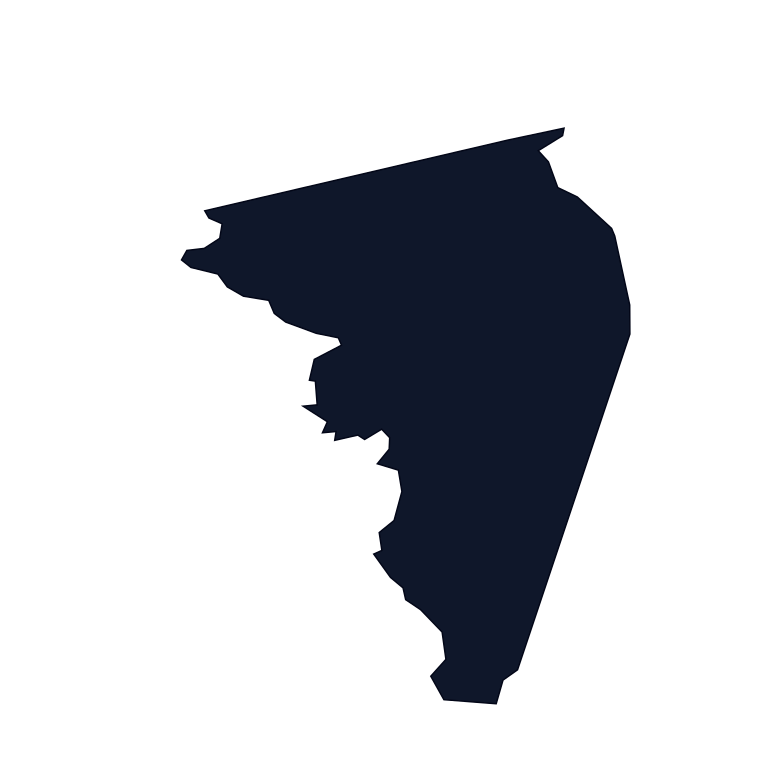 San Jacinto, Texas, United States of America (orthographic projection), rotated 194°
{"feature_id": "52423323B92388679305568", "entity_name": "San Jacinto", "entity_type": "district", "adm_level": 2, "iso_a3": "USA", "parent_name": "United States of America", "parent_adm1": "Texas", "projection": "orthographic", "projection_center": [-95.097, 30.613], "detail": "fine", "context": "isolated", "style": "filled", "palette": "ink", "viewbox_px": 768, "rotation_deg": 194, "n_neighbors": 0, "source": "geoboundaries", "source_scale": "gbopen_adm2", "svg_char_len": 902}
<svg xmlns="http://www.w3.org/2000/svg" viewBox="0 0 768 768"><g transform="rotate(194 384 384)"><path d="M185.3,139.0L157.5,491.9L164.7,520.1L195.9,583.4L200.8,590.0L241.6,612.2L262.9,616.6L278.2,639.3L290.8,647.7L270.8,668.2L271.2,675.8L322.9,650.6L599.8,508.7L594.0,502.7L579.8,500.3L578.6,485.6L591.2,472.1L607.6,465.9L610.5,455.4L599.5,450.4L571.8,450.5L559.5,440.3L541.6,435.2L516.1,437.3L507.5,425.9L494.3,420.3L462.0,416.8L439.5,417.8L434.6,411.4L457.6,391.0L457.3,369.6L451.3,370.2L443.8,347.6L457.1,342.9L429.8,333.7L431.9,321.8L419.0,326.3L418.2,317.4L397.1,328.1L389.4,325.5L375.3,339.6L365.5,333.3L363.2,322.0L371.2,305.0L349.2,303.9L340.6,284.0L341.2,254.0L352.7,238.7L345.8,222.0L352.8,216.5L330.9,197.9L316.2,190.8L310.8,180.0L293.9,173.9L267.6,157.4L257.3,131.8L267.9,111.8L249.5,92.2L197.8,100.9L196.9,125.5L185.3,139.0Z" fill="#0f172a" stroke="#020617" stroke-width="1.5"/></g></svg>